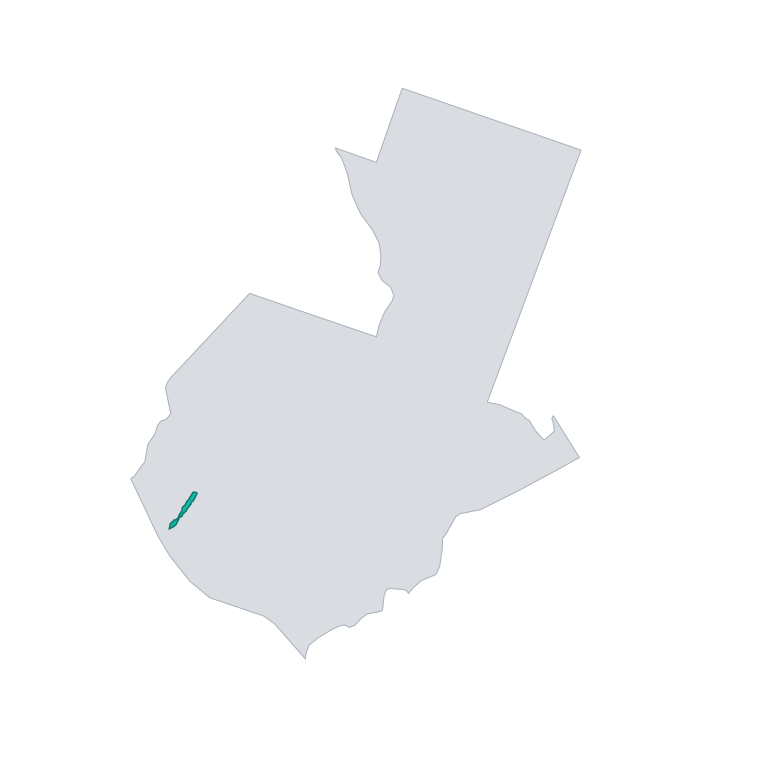 Santa Cruz Muluá, Retalhuleu, Guatemala shown in context, rotated 19°
{"feature_id": "79465075B78170683113897", "entity_name": "Santa Cruz Muluá", "entity_type": "district", "adm_level": 2, "iso_a3": "GTM", "parent_name": "Guatemala", "parent_adm1": "Retalhuleu", "projection": "equal_earth", "projection_center": [-91.661, 14.45], "detail": "fine", "context": "in_parent", "style": "filled", "palette": "teal", "viewbox_px": 768, "rotation_deg": 19, "n_neighbors": 0, "source": "geoboundaries", "source_scale": "gbopen_adm2", "svg_char_len": 5542}
<svg xmlns="http://www.w3.org/2000/svg" viewBox="0 0 768 768"><g transform="rotate(19 384 384)"><path d="M175.3,555.8L178.0,552.3L180.3,544.0L183.2,535.4L181.5,525.5L180.4,517.5L183.7,505.9L183.4,497.2L184.9,491.8L189.6,488.3L192.1,481.6L178.6,458.7L178.6,453.5L180.4,447.1L191.4,422.6L204.4,393.5L218.8,361.4L227.4,342.1L258.9,342.1L279.7,342.1L306.2,342.1L334.9,342.0L353.8,342.0L361.5,341.8L360.2,329.2L361.2,315.4L364.6,302.8L364.6,297.3L358.9,290.5L348.1,286.5L342.0,280.5L341.9,273.0L339.3,263.8L334.0,253.0L323.0,242.0L306.4,230.7L292.3,215.6L280.6,196.6L270.7,184.4L263.1,179.3L261.3,176.6L283.5,176.8L304.6,177.0L304.7,149.8L304.8,125.7L304.9,98.5L342.9,98.5L388.3,98.6L435.4,98.6L472.4,98.7L494.2,98.7L493.3,132.5L492.4,171.6L491.7,200.4L490.7,238.9L489.7,278.3L488.4,332.0L487.5,366.7L488.0,367.5L500.4,365.9L518.8,367.4L523.3,367.3L528.9,370.3L533.2,371.2L542.6,379.0L553.6,385.0L560.5,373.0L556.8,365.8L554.0,362.1L554.5,358.9L592.7,389.9L588.2,394.7L578.6,405.7L561.1,424.6L545.5,441.5L530.4,456.8L516.8,470.7L515.2,472.0L497.9,481.9L495.0,486.4L491.4,506.0L489.7,510.8L492.9,521.7L496.1,538.5L495.1,547.2L483.1,558.0L477.7,567.7L475.3,574.0L473.1,572.4L469.4,571.9L460.8,574.3L456.7,574.9L453.2,577.7L452.9,583.7L455.2,593.5L456.1,598.6L453.7,600.9L443.1,606.8L439.0,612.6L435.0,621.7L430.4,625.4L425.6,624.7L422.2,626.1L414.9,632.8L403.9,646.0L398.0,655.7L397.9,663.0L399.0,669.5L358.8,646.4L345.4,642.5L289.1,642.9L264.9,633.9L237.4,616.3L218.7,600.4L175.3,555.8Z" fill="#d9dde1" stroke="#a8b0b8" stroke-width="1"/><path d="M228.1,590.9L228.3,590.7L228.8,590.2L229.3,589.6L229.8,589.2L230.1,588.8L230.3,588.6L230.4,588.3L230.6,588.1L230.7,587.8L230.9,587.7L231.2,587.5L231.4,587.5L231.6,587.4L231.8,587.1L232.0,586.9L232.0,586.6L232.1,586.3L232.1,586.1L232.4,585.8L232.4,585.7L232.4,585.4L232.5,585.3L232.6,585.2L232.9,585.0L233.0,584.9L233.1,584.7L233.1,584.4L233.1,584.2L233.2,583.8L233.2,583.7L233.3,583.6L233.2,583.3L233.2,583.1L233.3,583.0L233.3,582.9L233.2,582.8L233.2,582.7L233.3,582.6L233.3,582.3L233.3,582.1L233.4,581.8L233.5,581.5L233.6,581.3L233.6,581.2L233.8,580.3L233.8,580.2L233.7,580.1L233.7,579.9L233.8,579.9L233.9,579.7L233.7,579.4L233.7,579.1L233.8,579.0L233.8,578.9L233.9,578.7L233.9,578.4L233.7,578.1L233.7,577.8L233.7,577.7L233.7,577.4L233.8,577.3L233.8,577.2L234.0,576.9L234.0,576.7L234.4,576.5L234.4,576.4L234.5,576.3L234.6,575.8L234.6,575.7L234.9,575.6L235.0,575.5L235.3,575.6L235.4,575.4L235.5,575.4L235.6,575.1L235.8,574.8L236.1,574.6L236.2,574.4L236.2,574.1L236.2,573.9L236.0,573.6L235.9,573.4L235.9,573.2L236.0,573.0L236.0,572.6L236.1,572.3L236.1,572.1L236.1,571.9L236.3,571.8L236.4,571.7L236.5,571.5L236.7,571.4L236.8,571.3L236.8,571.2L237.0,571.0L237.0,570.9L237.0,570.7L237.0,570.4L237.3,570.2L237.6,569.6L237.7,569.4L237.8,569.2L238.0,569.1L238.2,568.9L238.2,568.7L238.3,568.5L238.3,568.4L238.2,568.3L238.2,568.2L238.2,567.9L238.1,567.7L238.2,567.4L238.2,567.2L238.2,566.9L238.3,566.8L238.4,566.6L238.5,566.4L238.7,566.2L238.8,566.1L238.8,565.9L238.7,565.8L238.7,565.7L238.8,565.5L238.9,565.4L238.9,565.2L239.1,564.7L239.3,564.4L239.3,564.2L239.4,563.9L239.4,563.6L239.4,563.3L239.5,563.0L239.5,562.9L239.8,562.5L240.0,562.2L240.0,561.8L240.2,561.5L240.2,561.3L240.2,561.1L240.2,560.9L240.3,560.8L240.4,560.7L240.5,560.6L240.4,560.5L240.4,560.3L240.3,560.2L240.3,559.5L240.4,559.2L240.4,558.8L240.6,558.5L240.6,558.2L240.8,558.0L241.5,556.9L241.6,556.7L241.7,556.4L241.8,556.0L241.9,555.4L242.0,554.9L242.1,554.4L242.2,553.9L242.3,553.3L242.3,552.9L242.4,552.6L242.4,552.3L242.4,551.8L242.4,551.6L242.5,551.2L242.6,550.7L242.7,550.4L242.8,549.5L242.8,549.1L242.8,548.4L242.8,548.2L242.6,548.1L242.4,548.0L242.2,547.9L241.8,547.7L241.5,547.7L240.6,547.8L239.8,548.1L239.5,548.2L238.8,548.5L238.8,548.8L238.9,549.1L238.8,549.3L238.7,549.4L238.4,549.4L238.4,549.6L238.3,550.1L238.3,551.0L238.1,551.7L238.1,551.8L238.0,552.0L237.9,552.1L237.8,552.8L237.7,553.3L237.5,553.7L237.4,553.8L237.3,554.2L237.3,554.3L237.3,554.7L237.3,555.1L237.3,555.5L237.2,555.9L237.2,556.0L236.9,556.6L236.8,557.0L236.7,557.2L236.7,557.4L236.6,557.5L236.3,558.0L236.3,558.6L235.9,559.2L235.9,559.3L235.7,559.5L235.6,559.9L235.6,560.1L235.6,560.3L235.6,560.9L235.6,561.0L235.5,561.3L235.6,561.6L235.6,561.9L235.5,562.0L235.4,562.3L235.5,562.4L235.5,562.6L235.5,562.8L235.4,563.0L235.2,563.3L235.1,563.7L235.1,563.8L235.1,564.0L234.9,564.1L234.7,564.2L234.7,564.3L234.7,564.5L234.6,564.8L234.4,564.9L234.3,565.0L234.2,565.1L234.1,565.5L233.9,565.8L233.6,566.2L233.6,566.3L233.5,566.5L233.8,567.2L233.8,567.3L233.8,567.6L233.8,567.9L233.8,568.0L234.0,568.2L234.0,568.3L234.1,568.5L234.2,568.9L234.1,569.6L234.1,569.9L234.1,570.0L234.0,570.3L234.0,570.5L233.8,570.9L233.7,571.0L233.7,571.4L233.7,571.7L233.8,571.9L233.8,572.2L233.7,572.4L233.7,572.7L233.7,572.8L233.4,572.9L233.4,573.0L233.2,573.2L233.1,573.6L233.2,573.8L233.2,574.0L233.1,574.7L233.0,574.9L233.0,575.6L233.0,575.9L233.0,576.1L233.0,576.3L233.0,576.5L232.9,576.7L232.9,576.8L232.9,577.2L232.9,577.3L232.8,577.5L232.7,577.7L232.7,577.9L232.6,578.3L232.5,578.7L232.3,579.0L232.1,579.2L231.8,579.7L231.7,579.9L231.5,580.0L231.3,580.1L231.1,580.3L230.9,580.5L230.6,580.5L230.2,580.7L230.0,580.8L229.9,581.0L229.6,581.3L229.4,581.5L229.3,582.4L229.3,582.5L229.2,582.9L229.1,583.0L228.7,583.2L228.6,583.3L228.6,583.5L228.5,583.8L228.3,584.2L228.1,584.5L227.9,584.6L227.8,584.9L227.8,585.0L227.7,585.3L227.6,585.5L227.5,586.5L227.6,587.0L227.7,588.0L228.0,590.1L228.0,590.4L228.0,590.6L228.1,590.9Z" fill="#14b8a6" stroke="#0f766e" stroke-width="1.5"/></g></svg>